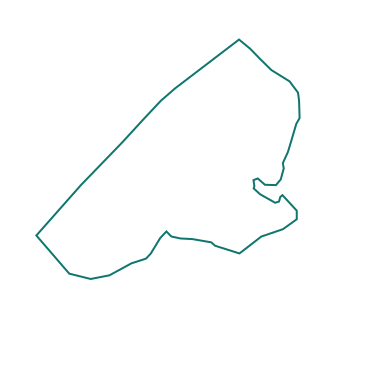 Banibangou, Tillabéri, Niger, rotated 319°
{"feature_id": "23599985B31350615327928", "entity_name": "Banibangou", "entity_type": "district", "adm_level": 2, "iso_a3": "NER", "parent_name": "Niger", "parent_adm1": "Tillabéri", "projection": "natural_earth1", "projection_center": [2.571, 15.036], "detail": "fine", "context": "isolated", "style": "outline", "palette": "teal", "viewbox_px": 384, "rotation_deg": 319, "n_neighbors": 0, "source": "geoboundaries", "source_scale": "gbopen_adm2", "svg_char_len": 761}
<svg xmlns="http://www.w3.org/2000/svg" viewBox="0 0 384 384"><g transform="rotate(319 192 192)"><path d="M276.7,234.4L279.5,229.8L290.7,224.7L300.7,218.4L315.4,209.0L321.7,206.8L332.9,193.1L337.2,186.5L338.2,172.5L331.9,152.1L330.6,135.3L329.9,122.2L327.5,107.8L247.3,102.7L228.3,102.7L200.9,105.5L171.9,108.8L112.8,113.9L46.0,122.7L45.8,173.1L58.5,191.2L75.0,200.7L99.5,206.1L113.6,212.1L120.5,211.4L137.8,205.9L146.8,205.0L147.2,212.0L152.8,219.5L161.4,227.8L173.5,242.6L174.2,247.8L187.5,269.5L215.1,271.1L236.2,279.7L253.2,281.3L258.8,274.8L258.2,253.7L255.3,253.7L251.4,256.3L247.7,254.7L241.9,238.3L240.9,229.8L242.9,228.5L246.2,223.4L250.5,224.9L251.8,234.4L259.9,241.9L267.3,240.7L276.7,234.4Z" fill="none" stroke="#0f766e" stroke-width="2"/></g></svg>